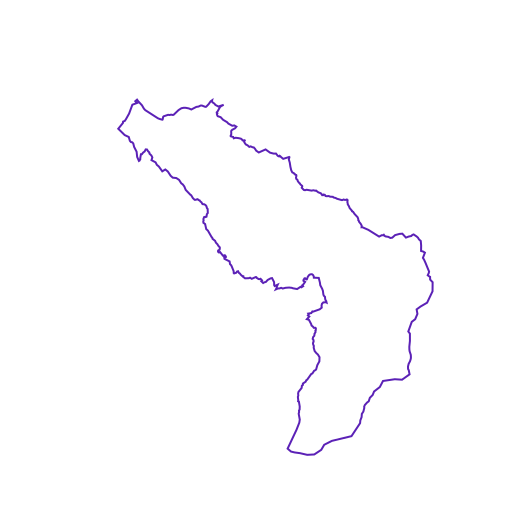 outline of Garda De Sus, Alba, Romania, rotated 312°
{"feature_id": "2599482B31586806671265", "entity_name": "Garda De Sus", "entity_type": "district", "adm_level": 2, "iso_a3": "ROU", "parent_name": "Romania", "parent_adm1": "Alba", "projection": "mercator", "projection_center": [22.809, 46.492], "detail": "fine", "context": "isolated", "style": "outline", "palette": "violet", "viewbox_px": 512, "rotation_deg": 312, "n_neighbors": 0, "source": "geoboundaries", "source_scale": "gbopen_adm2", "svg_char_len": 6134}
<svg xmlns="http://www.w3.org/2000/svg" viewBox="0 0 512 512"><g transform="rotate(312 256 256)"><path d="M335.8,414.4L347.9,410.8L354.7,404.8L355.0,401.2L357.0,399.3L356.7,398.1L356.6,396.5L358.9,395.8L360.2,395.1L364.3,386.6L365.7,383.4L366.3,381.3L371.5,379.3L371.2,377.4L370.2,375.3L374.3,371.7L377.4,368.4L377.4,366.0L378.0,364.1L378.0,362.3L377.5,358.7L376.3,358.1L374.7,358.0L372.7,356.5L370.0,355.1L370.5,349.8L368.5,347.9L364.6,345.4L360.8,345.0L359.3,343.8L358.8,341.6L357.2,339.1L357.0,338.0L357.3,336.8L356.5,336.7L355.7,335.6L352.8,334.5L350.6,322.0L348.5,315.6L348.0,315.2L349.3,314.2L350.0,312.2L350.4,309.7L350.9,309.0L351.0,308.1L351.8,307.4L352.8,305.6L353.2,301.0L353.8,298.7L353.5,297.5L353.8,297.2L354.3,293.5L355.2,291.7L355.8,289.6L356.6,288.8L357.1,287.9L358.8,286.7L358.8,285.7L358.0,285.4L357.0,284.3L356.6,283.3L355.4,282.8L354.9,282.3L352.7,277.8L352.4,276.4L351.4,274.5L351.4,273.5L349.7,271.4L349.2,269.9L347.7,268.5L347.1,267.5L347.5,266.2L346.8,265.0L346.2,265.2L345.5,264.5L346.0,262.2L345.0,259.7L344.8,256.8L344.3,256.6L343.2,254.6L341.8,253.6L339.1,249.3L337.7,248.4L337.1,247.4L337.3,244.3L338.7,243.8L339.0,243.4L338.9,241.0L339.3,240.0L339.2,239.1L339.6,237.0L340.3,235.9L340.3,234.2L341.1,233.2L342.6,232.4L343.1,231.7L342.7,230.9L342.9,230.1L342.7,229.4L342.9,228.7L342.4,227.0L343.3,224.8L345.3,221.9L348.0,218.6L349.7,215.8L351.8,214.7L351.8,214.4L346.4,211.2L346.3,208.4L346.4,207.4L346.3,206.5L345.4,206.5L345.0,205.1L345.5,202.3L343.9,200.6L342.2,197.3L341.6,191.8L334.8,188.8L334.4,185.6L335.0,183.6L335.2,181.7L334.5,180.7L333.9,178.7L332.6,178.0L332.6,175.6L332.1,174.0L332.3,172.6L332.8,171.0L333.1,170.6L334.4,170.3L334.4,170.1L332.9,168.7L333.2,167.7L333.1,166.3L332.0,164.3L330.3,161.8L328.6,160.7L329.2,159.4L328.1,157.3L328.2,156.8L330.0,156.1L332.1,154.1L332.7,153.8L333.9,153.9L336.9,155.0L339.0,154.9L338.5,152.5L336.9,151.2L335.9,146.8L336.1,145.0L335.2,140.4L335.5,136.8L334.3,134.0L334.6,133.1L335.4,131.8L336.2,131.8L336.5,130.7L337.8,130.7L342.6,129.6L344.0,129.8L346.7,130.8L341.9,128.0L341.1,124.7L341.4,123.2L341.1,120.7L341.7,119.6L342.4,119.2L340.6,118.8L337.2,119.2L333.6,119.1L332.9,118.5L331.6,115.1L330.8,114.2L328.6,113.3L326.9,111.9L321.6,109.9L320.7,107.3L319.1,104.6L317.9,103.2L315.9,101.7L312.6,100.8L305.9,100.3L305.2,99.9L304.2,98.3L302.9,97.4L302.1,96.2L298.0,93.9L297.3,93.9L294.9,95.3L294.6,95.2L293.3,92.6L292.7,90.9L290.3,76.1L290.5,74.1L291.7,70.4L292.2,64.7L292.6,63.0L290.3,62.7L290.1,65.2L285.7,62.9L276.9,66.4L270.7,67.8L268.6,68.1L266.9,67.3L265.8,68.1L258.4,68.5L258.0,77.5L259.3,81.8L257.2,85.2L257.0,86.8L257.7,88.0L257.5,89.5L255.5,92.5L253.6,97.5L250.1,101.4L248.3,105.4L249.0,105.6L250.6,105.2L251.1,104.6L254.6,102.4L255.3,103.1L257.2,102.9L259.2,103.3L261.4,102.7L262.2,103.7L261.6,105.8L261.6,107.4L260.8,108.3L260.7,111.0L259.9,113.0L257.3,114.2L258.4,118.7L257.4,121.3L257.5,123.9L256.2,129.7L259.6,130.7L259.8,133.9L258.5,138.9L258.5,141.7L260.6,144.6L261.1,147.9L260.0,151.8L260.2,153.7L259.7,156.2L258.1,159.5L257.6,166.4L257.8,167.1L256.8,170.3L256.7,172.4L256.8,173.0L257.6,173.7L259.0,174.4L259.2,174.9L259.1,175.9L259.6,176.9L259.3,178.1L259.4,179.6L258.8,181.3L259.0,182.0L259.7,182.7L260.1,184.3L259.8,185.9L258.8,187.4L258.6,188.6L255.7,191.4L254.2,191.5L252.1,192.9L251.2,192.5L251.1,192.0L250.2,191.4L248.2,192.2L247.5,193.2L246.5,193.6L245.5,194.7L245.7,196.8L242.7,201.0L242.7,203.2L240.4,210.2L240.3,211.3L239.7,212.2L239.9,215.5L239.1,217.2L238.9,219.6L238.4,221.0L238.2,223.3L237.0,224.4L236.0,224.6L234.8,224.2L234.2,224.5L233.8,225.0L233.7,225.9L234.0,226.3L234.9,226.5L234.1,231.2L235.7,232.3L235.5,233.9L235.0,234.3L233.7,233.3L232.8,234.5L234.3,240.0L232.6,242.1L232.5,243.8L231.9,245.2L229.8,249.5L228.4,250.9L228.4,251.4L230.3,252.5L231.8,252.3L232.7,252.9L232.0,254.5L232.2,255.9L231.9,257.0L231.9,259.2L232.4,260.0L231.9,260.3L232.1,262.8L234.7,265.5L235.9,266.1L236.2,268.1L240.2,269.9L240.5,270.4L240.2,271.2L240.5,272.4L240.5,273.2L241.1,274.1L242.1,274.6L241.9,276.8L240.8,276.8L240.7,279.4L241.8,279.7L243.4,280.7L246.0,280.7L249.1,281.8L250.3,282.7L248.7,286.9L246.5,289.0L246.2,290.0L249.2,291.3L247.3,291.9L246.0,292.7L244.5,293.1L246.5,294.0L247.8,295.3L248.9,295.8L249.3,296.2L249.7,297.6L252.1,299.2L254.7,301.7L256.3,303.9L256.7,305.0L259.0,308.7L262.8,309.7L263.1,310.7L265.0,311.2L265.1,310.0L266.1,310.2L269.6,309.8L269.3,307.9L269.8,307.4L271.8,307.0L272.3,307.3L272.2,309.0L272.7,309.4L275.2,308.4L277.2,308.2L278.2,308.4L279.4,309.2L280.0,310.1L280.0,311.3L279.4,312.7L278.6,313.5L281.7,317.3L279.0,321.3L277.3,323.3L275.9,327.1L274.9,329.0L272.5,331.8L271.9,332.9L271.8,334.6L270.3,336.2L269.7,337.3L269.5,338.3L268.6,339.6L268.4,338.9L266.6,337.1L264.7,337.0L263.0,337.9L261.6,339.4L259.0,339.0L252.7,335.6L252.5,335.0L250.6,335.3L248.2,333.4L248.0,334.2L246.6,334.3L246.7,336.1L243.1,336.1L244.0,338.0L242.3,342.6L241.5,343.8L241.6,345.6L241.3,347.0L242.4,348.2L242.3,348.9L240.8,350.1L240.2,350.1L239.4,351.1L237.1,351.6L236.7,352.1L235.6,352.7L234.0,352.7L232.3,353.6L232.0,355.0L230.8,356.2L230.2,356.2L229.2,356.8L228.5,357.7L227.9,359.1L226.4,360.3L224.6,363.2L224.2,365.8L224.2,367.9L223.3,370.9L220.1,373.6L215.9,374.6L211.9,376.6L210.9,376.5L209.6,376.0L206.5,376.5L205.2,376.0L198.3,376.8L197.3,376.5L195.8,377.0L192.6,376.2L191.6,377.1L190.3,376.9L188.5,378.2L183.4,378.5L182.0,379.3L180.6,380.8L179.3,381.4L177.2,383.8L176.2,384.5L176.5,385.3L173.4,389.2L171.0,391.2L170.0,391.3L168.8,392.5L167.4,393.2L163.7,398.0L161.1,399.7L153.9,402.4L134.0,408.4L134.1,412.9L135.9,416.2L138.9,420.6L142.5,427.1L147.5,432.1L155.6,434.2L161.4,433.0L169.4,436.1L186.0,447.5L201.4,445.2L203.7,443.5L206.9,442.3L209.5,440.3L212.2,439.9L215.6,438.1L216.4,437.2L218.1,436.6L221.6,436.6L223.4,437.0L226.8,435.5L230.8,435.7L234.3,434.4L241.5,435.7L248.1,434.0L257.3,441.6L261.8,447.3L270.8,449.3L273.3,446.0L273.8,444.6L275.6,442.9L278.0,441.6L280.8,440.9L283.2,439.8L284.4,438.9L286.1,437.2L288.0,433.9L289.1,432.6L291.1,430.7L295.9,427.2L301.3,422.3L301.8,419.7L311.3,415.8L315.5,416.6L321.0,414.7L323.8,411.1L328.6,412.1L335.8,414.4Z" fill="none" stroke="#5b21b6" stroke-width="2"/></g></svg>